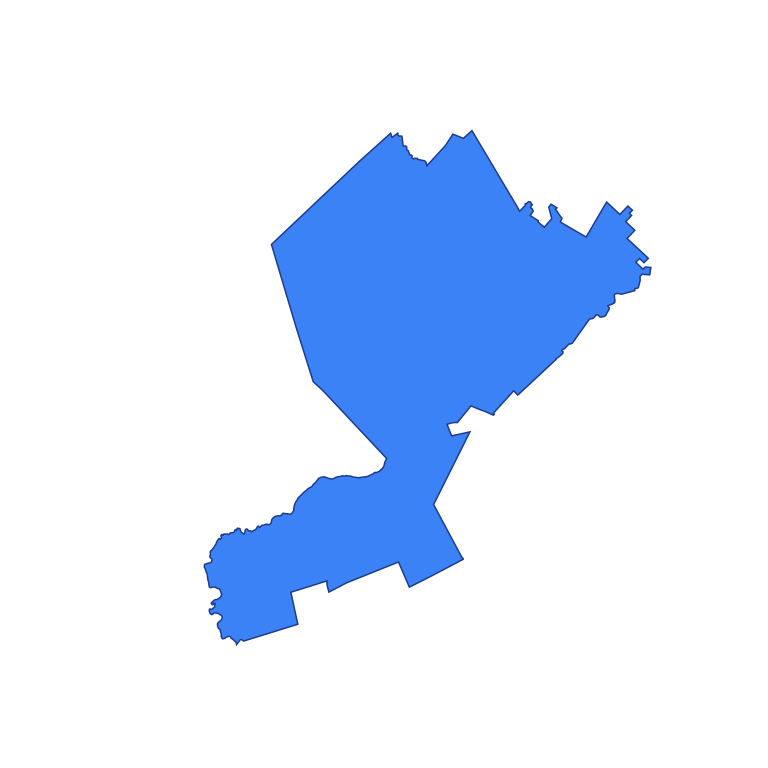 the district of Parás, Nuevo León, Mexico, rotated 223°
{"feature_id": "50627088B3077567338706", "entity_name": "Parás", "entity_type": "district", "adm_level": 2, "iso_a3": "MEX", "parent_name": "Mexico", "parent_adm1": "Nuevo León", "projection": "natural_earth1", "projection_center": [-99.62, 26.621], "detail": "fine", "context": "isolated", "style": "filled", "palette": "blue", "viewbox_px": 768, "rotation_deg": 223, "n_neighbors": 0, "source": "geoboundaries", "source_scale": "gbopen_adm2", "svg_char_len": 6103}
<svg xmlns="http://www.w3.org/2000/svg" viewBox="0 0 768 768"><g transform="rotate(223 384 384)"><path d="M545.0,576.8L546.3,569.8L550.2,571.9L553.9,529.8L561.5,409.3L487.6,365.9L437.3,337.4L424.3,337.5L331.3,331.3L330.6,329.1L330.3,327.9L328.3,324.3L327.9,323.2L327.6,321.3L327.8,318.0L328.0,316.7L329.0,314.3L330.5,312.9L330.7,312.3L330.5,311.3L330.6,310.8L331.4,309.4L332.7,305.7L333.1,305.1L333.9,303.8L335.4,302.2L338.4,298.4L339.9,297.1L341.8,296.0L342.7,295.2L345.8,293.7L347.2,292.5L348.4,291.8L349.0,291.3L349.8,289.9L351.9,288.5L352.6,287.0L354.7,284.4L355.4,283.2L356.2,280.8L357.2,279.0L360.0,277.3L364.3,275.4L364.7,275.1L366.3,273.0L366.9,272.0L367.4,270.0L366.9,264.5L367.0,263.5L367.3,262.7L367.2,261.9L366.9,261.3L366.8,260.1L367.3,258.2L368.2,255.9L368.2,253.8L368.8,250.3L368.9,246.2L369.1,242.5L369.0,241.7L368.4,239.8L368.0,237.5L367.1,234.7L365.9,232.7L363.5,229.3L363.2,226.8L363.5,225.3L364.0,224.5L364.8,224.0L365.6,223.7L366.7,222.7L369.0,221.1L369.7,220.4L369.8,220.1L369.5,219.5L369.5,219.2L370.0,216.6L371.4,215.6L373.2,213.3L373.4,212.7L373.8,209.9L373.7,209.2L373.5,208.3L373.3,207.8L371.8,205.4L371.7,204.5L371.8,203.6L372.0,203.1L372.5,202.3L374.3,201.4L374.7,201.0L375.6,198.8L376.7,197.7L377.0,196.8L377.0,194.6L377.1,194.2L377.4,194.1L377.7,194.5L378.1,194.5L379.0,194.3L379.2,194.2L379.3,193.4L378.7,191.1L378.7,190.1L378.8,189.5L379.5,187.8L379.9,185.8L380.1,185.7L381.3,185.7L381.8,185.3L382.3,184.7L382.8,184.5L385.2,184.5L385.8,184.1L386.0,183.3L385.9,182.5L384.1,180.1L384.0,179.5L384.2,178.8L384.7,178.5L385.9,178.6L386.9,178.3L387.6,178.3L389.2,178.9L390.5,179.9L390.9,179.9L391.4,179.7L391.8,179.0L392.7,178.8L392.9,178.4L392.8,178.0L392.1,176.8L392.1,176.6L392.3,176.4L393.0,176.5L393.3,176.0L393.3,175.2L393.1,174.6L392.7,174.1L392.6,173.5L393.3,172.1L394.3,171.1L394.9,170.1L394.9,169.3L394.7,168.6L394.8,168.0L396.3,167.4L397.9,165.9L398.5,165.3L398.8,164.6L398.6,163.7L398.8,163.6L399.5,163.7L399.8,163.6L400.0,163.2L400.0,162.7L399.8,161.8L398.0,160.7L397.7,160.3L397.7,159.7L397.8,159.0L398.0,158.8L399.1,158.6L399.3,158.1L398.9,155.4L397.8,152.4L396.9,148.1L396.9,145.7L396.4,144.9L396.5,144.4L397.0,143.8L396.9,143.3L396.4,142.6L395.0,141.3L394.0,139.5L393.3,138.7L392.5,138.5L390.7,138.5L389.4,137.4L389.0,136.5L389.0,135.4L389.1,134.8L390.9,132.3L391.2,131.1L391.8,130.6L392.0,130.2L392.1,129.8L391.8,129.1L391.1,128.1L390.4,127.5L388.5,126.8L386.4,125.6L383.2,124.0L379.6,120.9L376.6,119.1L374.2,117.0L373.4,116.5L372.8,116.4L371.9,116.8L371.7,117.0L371.4,117.8L370.9,118.6L369.7,119.7L367.7,120.6L365.8,121.0L365.1,121.7L364.8,121.9L363.3,121.5L362.2,120.9L361.6,120.8L360.3,119.8L359.3,119.6L358.4,117.6L358.2,116.2L358.7,114.5L358.8,113.6L359.2,112.5L360.3,111.2L360.6,110.6L360.8,109.6L361.1,106.4L360.8,105.9L360.5,105.6L359.6,105.4L359.0,105.5L358.7,105.7L358.6,106.3L358.8,107.9L358.5,108.2L358.0,108.3L357.5,107.9L357.0,106.7L356.0,105.5L355.8,105.1L355.8,104.6L355.9,104.0L356.3,102.9L356.1,102.2L356.3,101.8L356.4,101.5L358.0,100.7L357.9,99.9L356.9,98.7L354.6,97.6L353.8,97.6L352.8,97.8L352.5,98.2L352.6,99.1L352.0,99.7L352.2,100.2L352.1,100.7L350.8,101.9L348.6,103.2L346.7,103.4L346.1,103.7L345.2,103.8L344.4,103.7L343.4,103.3L342.9,102.7L342.3,101.4L342.1,100.2L342.6,96.7L342.3,95.2L341.7,94.4L340.3,93.3L338.7,92.5L336.0,92.5L335.5,91.8L332.7,90.3L331.5,89.2L331.0,88.4L329.0,87.5L328.2,87.6L327.5,88.5L326.8,90.0L326.7,91.2L326.3,92.1L325.1,94.1L324.8,94.3L323.9,94.4L322.2,93.8L320.9,94.2L316.3,94.2L314.1,92.9L314.7,99.1L313.6,100.0L311.3,100.3L283.2,149.5L310.1,168.2L291.4,201.1L288.9,198.4L282.4,194.2L275.7,213.2L252.0,263.7L226.9,252.7L220.3,270.6L209.1,302.4L208.2,305.2L206.5,309.8L206.6,310.0L207.0,310.3L208.1,310.2L208.9,310.6L209.5,310.6L213.7,312.0L265.5,329.7L288.5,407.6L299.2,392.2L310.4,397.5L308.1,401.5L305.6,404.5L304.0,405.8L305.5,427.3L296.8,430.5L290.7,433.1L282.9,435.7L282.7,437.2L284.1,437.4L284.5,467.5L278.6,467.1L274.9,519.4L275.4,519.6L274.5,524.0L274.2,528.6L275.3,529.7L275.7,529.2L276.8,529.6L277.0,529.9L276.9,531.0L276.1,532.8L276.0,538.7L275.9,539.7L275.3,539.9L274.1,542.1L274.6,546.4L274.6,546.9L274.8,547.0L278.0,571.8L276.9,573.0L276.3,573.9L275.9,574.8L275.7,575.8L275.7,576.9L275.9,579.1L275.5,580.0L275.0,580.2L273.4,580.4L272.0,580.3L271.0,580.8L270.5,581.4L269.0,583.7L268.7,584.6L268.6,585.4L269.3,587.8L270.4,592.5L271.6,593.6L271.9,593.6L272.5,593.5L273.3,593.7L273.7,594.1L271.6,598.0L271.1,599.9L270.9,600.2L271.3,600.7L271.0,601.0L271.3,601.3L271.6,601.7L271.4,601.8L271.7,602.2L271.8,602.2L272.0,602.7L273.0,603.2L276.5,606.4L276.4,607.2L275.5,609.1L271.4,611.8L264.4,623.0L264.5,623.7L265.6,624.5L265.7,624.9L264.0,626.8L263.9,628.2L264.3,629.1L267.6,635.0L268.4,635.5L269.7,636.9L270.2,637.7L270.2,638.2L270.0,640.3L264.1,645.1L268.3,651.2L272.0,648.3L272.5,648.0L272.7,647.1L272.9,646.8L272.9,644.6L282.8,644.7L282.7,650.1L276.6,650.0L276.4,656.2L305.4,656.2L305.5,656.4L305.4,667.5L317.9,667.5L317.9,676.1L320.9,676.2L320.8,680.5L327.0,680.5L327.1,668.9L345.3,668.9L336.4,629.3L365.4,622.7L365.5,622.8L366.8,626.6L370.1,627.1L376.5,628.6L377.8,628.5L377.6,630.8L384.3,629.5L384.6,628.9L384.3,628.4L384.2,625.8L374.1,619.3L373.7,608.0L382.0,607.5L382.5,608.6L392.0,606.9L392.7,612.2L395.2,613.2L396.0,613.0L397.0,613.2L397.5,613.9L397.8,614.8L397.7,615.2L397.9,616.4L399.0,616.2L399.5,616.3L400.3,616.9L400.9,617.0L402.0,616.5L402.6,615.9L402.9,613.4L403.6,612.1L403.6,611.8L402.8,611.5L402.3,610.8L402.6,608.1L402.6,602.9L404.4,603.3L404.9,603.7L492.5,629.3L493.5,617.8L504.0,613.7L501.7,600.1L501.5,573.7L501.3,572.6L501.1,572.1L502.3,573.5L504.0,574.6L505.0,574.9L506.4,575.0L512.2,571.5L512.6,571.4L513.5,571.8L513.7,571.7L514.0,571.0L515.3,570.3L515.5,569.5L515.9,569.0L516.6,568.6L517.5,568.6L518.0,568.7L518.3,569.0L518.8,569.9L519.0,570.0L520.4,570.0L520.7,569.6L521.6,569.3L522.0,569.4L525.1,571.1L525.4,571.1L526.6,570.8L527.2,570.9L528.8,572.6L529.6,573.0L530.6,572.9L531.5,571.7L532.4,571.4L532.7,571.5L539.3,577.0L540.1,577.4L541.7,575.9L542.3,575.6L543.1,575.4L543.9,575.8L544.5,576.6L545.0,576.8Z" fill="#3b82f6" stroke="#1e3a8a" stroke-width="1.5"/></g></svg>